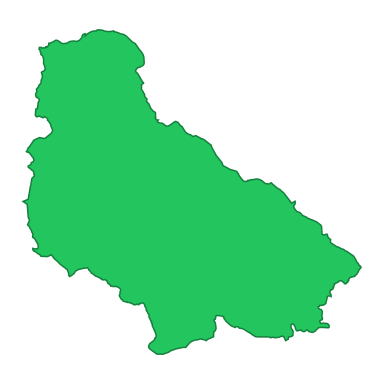 outline of Sijunjung, Sumatera Barat, Indonesia
{"feature_id": "22746128B5140836931072", "entity_name": "Sijunjung", "entity_type": "district", "adm_level": 2, "iso_a3": "IDN", "parent_name": "Indonesia", "parent_adm1": "Sumatera Barat", "projection": "orthographic", "projection_center": [101.017, -0.649], "detail": "fine", "context": "isolated", "style": "filled", "palette": "green", "viewbox_px": 384, "rotation_deg": 0, "n_neighbors": 0, "source": "geoboundaries", "source_scale": "gbopen_adm2", "svg_char_len": 5877}
<svg xmlns="http://www.w3.org/2000/svg" viewBox="0 0 384 384"><path d="M361.0,267.2L360.4,266.2L359.0,265.1L358.2,263.3L356.7,262.0L355.7,259.5L353.6,256.1L347.2,251.6L345.0,250.6L343.5,249.3L341.9,249.0L338.6,247.2L336.6,246.6L330.7,242.7L330.4,241.5L330.6,239.4L328.1,237.5L327.2,234.3L325.8,234.2L324.3,235.2L322.1,234.3L321.5,226.3L320.7,225.0L316.3,221.7L307.1,217.9L306.9,217.4L302.7,215.5L300.1,212.7L296.7,211.4L294.8,209.0L293.7,206.9L293.8,205.8L295.0,204.2L295.3,202.1L295.0,201.2L291.7,203.2L283.3,192.4L281.8,191.5L279.7,189.2L278.8,189.2L275.6,186.7L271.0,182.7L269.2,184.0L265.4,183.6L261.7,180.5L258.3,179.1L255.9,179.0L253.5,179.6L251.0,179.7L248.3,180.8L248.0,180.3L247.3,181.2L244.8,181.5L243.2,180.9L239.3,175.9L238.3,173.7L236.6,171.3L230.3,169.5L223.0,165.6L222.0,162.7L216.2,155.4L211.6,147.1L211.4,145.4L204.0,139.6L201.8,138.6L200.7,138.6L200.3,138.0L195.8,135.6L192.8,136.6L191.6,135.3L188.2,134.0L185.6,132.3L181.9,126.4L180.6,125.8L178.0,122.4L176.1,121.6L175.5,121.4L173.8,122.3L170.4,124.9L167.5,126.2L166.3,126.1L162.3,123.2L159.8,123.0L157.6,122.1L157.6,120.9L158.3,120.0L156.4,119.8L155.4,118.3L155.7,118.3L155.4,112.4L153.2,111.2L150.8,108.4L148.7,103.6L146.5,101.4L147.0,99.1L144.9,96.8L144.4,93.9L143.5,93.0L143.3,92.0L141.5,89.5L141.5,84.5L144.1,82.9L143.8,83.1L142.2,81.3L137.8,73.7L135.8,71.7L135.6,70.1L137.8,67.6L140.1,67.1L142.9,65.5L144.0,64.1L144.2,62.1L143.8,56.8L143.1,54.7L141.6,52.1L139.1,49.2L135.3,43.6L132.4,42.0L126.2,36.0L123.7,34.4L120.7,33.9L117.9,32.6L114.8,31.8L113.3,30.8L112.3,31.3L108.6,31.6L105.4,31.3L102.4,30.2L98.3,29.8L96.6,30.3L96.3,30.9L93.2,31.1L91.1,31.7L87.1,34.0L85.2,36.0L85.2,33.8L83.4,34.3L82.7,34.8L81.4,38.2L79.6,40.1L77.0,41.4L73.5,41.0L70.1,41.4L66.7,43.2L63.5,43.6L62.4,43.5L60.8,42.8L59.8,41.8L57.0,40.3L55.6,40.3L53.0,41.9L49.9,43.2L48.9,43.1L48.4,45.8L47.0,46.6L47.3,46.8L46.1,46.7L46.5,47.4L45.0,47.8L41.5,48.0L41.3,47.4L39.3,47.4L39.1,49.4L39.8,49.7L40.5,52.5L41.1,53.1L40.8,54.4L42.5,55.7L43.3,57.9L43.7,60.2L43.5,63.1L44.9,67.1L45.2,69.3L43.7,71.2L41.9,71.8L41.4,72.3L42.5,76.4L42.0,78.6L41.1,80.2L41.2,82.2L40.1,84.2L39.0,85.2L38.5,86.8L36.4,89.2L36.9,91.3L35.6,94.1L35.9,96.3L36.5,97.3L37.9,97.8L39.5,100.0L38.2,102.5L37.4,108.6L36.1,108.9L35.8,109.4L35.3,114.8L35.8,116.1L36.9,116.9L39.1,116.1L43.1,117.8L44.5,116.7L46.9,118.0L47.5,118.8L47.6,120.4L48.2,120.6L50.5,124.2L51.1,126.6L52.3,129.0L52.5,131.2L51.1,133.4L45.2,138.2L44.0,138.4L39.4,137.6L33.9,140.1L29.4,146.8L28.4,147.5L27.0,150.8L26.4,151.6L27.2,152.1L28.3,152.1L28.3,152.3L29.6,153.1L33.5,158.4L33.9,160.2L33.4,161.5L31.2,162.7L31.2,163.9L30.4,164.8L28.1,166.1L28.1,166.9L28.9,167.8L30.5,168.7L31.9,170.3L32.9,170.7L33.5,171.6L34.3,176.0L31.8,178.6L30.9,184.9L30.5,185.9L28.2,199.3L23.0,201.4L27.2,204.3L28.3,217.5L29.5,220.3L27.6,224.7L27.8,225.3L29.2,226.2L29.6,227.5L31.6,230.8L31.8,232.1L32.6,233.2L32.9,234.0L32.6,237.3L34.5,238.4L38.0,244.6L38.3,246.8L37.8,248.5L35.5,249.0L32.8,248.4L33.0,250.2L33.9,251.2L35.5,251.6L37.9,253.7L40.2,255.0L41.0,256.3L47.5,256.6L51.4,254.7L54.2,258.6L57.6,261.5L59.8,263.9L67.4,269.8L68.6,273.2L68.8,275.5L69.7,276.5L71.1,275.8L73.9,273.7L75.6,271.1L78.3,269.6L83.5,268.3L87.5,267.8L88.6,269.1L88.7,269.9L89.8,270.7L91.5,273.2L93.5,274.3L94.4,275.3L96.2,276.4L97.5,276.7L99.3,277.8L100.8,278.2L101.1,279.0L102.1,279.3L102.6,279.9L104.9,279.7L106.9,280.7L107.0,281.6L107.9,282.4L107.9,283.4L108.9,283.6L109.0,284.2L110.3,285.0L110.7,286.1L112.6,286.5L116.6,286.5L119.7,288.2L120.5,289.3L120.5,291.0L120.0,292.1L120.0,294.1L119.4,294.9L119.4,296.0L121.4,299.4L122.3,299.7L123.0,301.0L125.1,301.7L127.0,301.9L127.0,302.3L130.7,302.8L131.0,303.4L132.1,303.4L133.7,304.7L135.7,304.7L136.4,304.2L138.9,304.7L139.2,303.7L140.8,303.6L141.1,302.8L143.1,303.1L143.9,303.7L144.7,304.8L144.7,305.9L146.2,308.4L146.2,310.3L147.6,312.3L147.8,313.2L149.0,314.7L149.0,317.1L150.9,320.9L152.1,321.6L151.1,321.4L151.7,323.4L152.3,323.8L152.2,325.5L155.3,332.4L156.4,336.0L155.4,338.0L154.9,338.0L154.3,340.1L149.8,343.6L148.7,345.9L148.7,347.6L150.1,349.2L156.9,354.1L163.1,354.2L168.7,352.2L170.0,351.1L175.6,349.0L183.0,347.4L185.8,347.4L189.3,343.2L191.1,341.7L194.8,340.1L196.8,340.0L200.7,338.9L205.3,340.1L206.2,340.7L207.7,339.3L213.6,336.8L213.7,332.1L215.3,330.7L216.1,328.3L215.4,323.1L213.9,320.3L214.0,319.9L215.3,319.2L215.8,316.5L216.7,315.4L221.0,315.9L223.7,316.8L224.0,318.5L226.2,321.4L231.1,325.8L235.0,327.5L236.2,326.7L237.0,326.7L238.3,326.9L239.3,328.2L240.1,328.1L241.4,328.6L243.0,328.7L248.7,332.4L249.5,332.3L250.2,333.2L251.2,333.6L251.7,334.5L253.9,335.4L254.6,336.4L257.6,336.9L268.7,336.9L270.6,337.7L273.3,337.2L274.9,337.8L279.7,337.1L280.8,336.4L282.8,336.2L283.9,336.9L285.6,340.6L288.3,339.2L288.5,337.1L291.1,336.6L292.9,335.6L293.1,331.5L292.3,329.6L291.4,328.7L290.8,326.2L291.1,324.7L292.2,324.0L293.1,323.9L294.2,325.2L295.1,326.6L295.6,328.9L296.6,330.7L297.6,330.8L301.2,330.0L302.1,331.1L303.4,331.6L304.5,331.6L306.9,329.9L307.6,329.9L308.3,331.2L309.0,331.6L312.6,332.4L315.0,331.3L318.2,328.0L319.0,327.6L322.0,327.4L328.4,327.8L329.1,327.2L329.2,326.0L328.6,324.6L327.4,323.6L323.9,323.1L320.8,323.4L320.2,322.7L319.6,321.4L319.7,320.9L320.9,320.4L321.3,319.7L322.2,319.7L322.5,318.7L321.8,315.6L322.3,313.1L322.2,311.3L321.4,309.7L319.5,309.1L318.1,307.6L318.2,306.8L319.4,306.3L319.6,305.4L322.9,305.3L323.2,304.8L324.1,304.8L325.8,303.4L327.4,296.7L328.1,296.0L329.7,296.0L331.1,296.6L331.0,294.6L329.9,292.9L329.8,292.0L330.8,289.7L331.5,289.9L333.1,288.8L333.2,287.1L333.7,287.1L333.7,286.0L334.5,284.9L334.4,283.9L337.6,282.4L338.9,281.5L339.1,280.9L340.6,280.6L342.7,281.6L344.8,283.8L346.1,283.7L347.0,282.4L347.6,282.3L348.2,281.1L348.1,280.3L348.7,280.4L348.7,279.4L350.1,277.5L354.8,276.3L355.3,275.4L356.7,274.4L358.5,271.3L358.7,270.3L359.4,269.8L360.0,268.4L360.8,268.1L361.0,267.2Z" fill="#22c55e" stroke="#15803d" stroke-width="1.5"/></svg>